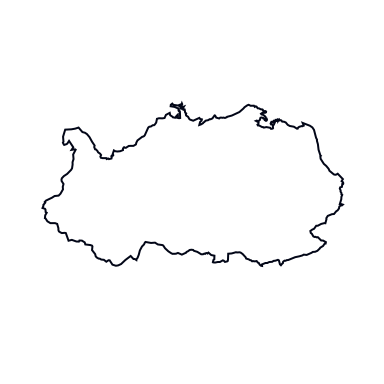 outline of Simisna, Salaj, Romania, rotated 74°
{"feature_id": "2599482B9011696983291", "entity_name": "Simisna", "entity_type": "district", "adm_level": 2, "iso_a3": "ROU", "parent_name": "Romania", "parent_adm1": "Salaj", "projection": "albers", "projection_center": [23.609, 47.214], "detail": "fine", "context": "isolated", "style": "outline", "palette": "ink", "viewbox_px": 384, "rotation_deg": 74, "n_neighbors": 0, "source": "geoboundaries", "source_scale": "gbopen_adm2", "svg_char_len": 6032}
<svg xmlns="http://www.w3.org/2000/svg" viewBox="0 0 384 384"><g transform="rotate(74 192 192)"><path d="M208.5,314.4L207.6,313.6L208.4,311.2L210.9,309.0L213.0,309.0L215.0,304.3L216.0,302.9L216.8,302.7L220.3,304.1L225.0,302.2L227.3,302.3L228.7,301.6L230.2,300.2L230.7,299.0L231.9,297.9L232.9,295.4L235.4,293.6L234.6,291.1L235.0,290.0L239.9,288.5L241.9,285.5L242.2,283.2L241.7,280.0L239.0,274.8L236.6,268.6L240.3,266.7L240.6,265.5L242.1,264.2L241.2,263.8L240.3,262.5L237.7,260.5L233.8,258.2L230.6,255.1L229.2,252.6L227.8,251.4L227.2,250.5L229.7,245.4L230.5,241.5L233.0,239.3L234.8,235.2L235.5,234.4L238.7,233.4L242.5,231.1L245.3,228.7L246.1,227.7L246.9,224.5L246.7,222.3L249.4,219.0L248.7,214.4L248.1,213.8L247.8,212.0L247.1,210.3L247.3,208.6L248.0,206.9L249.1,206.3L251.0,203.4L254.4,200.3L254.9,198.6L254.6,197.1L255.1,196.5L254.6,195.3L254.8,194.5L255.4,194.0L254.8,192.9L257.9,190.9L259.4,188.0L262.8,189.1L263.1,190.0L265.2,191.3L265.5,191.1L266.2,189.2L266.4,186.4L267.0,184.5L266.2,181.2L266.8,180.4L268.3,179.6L268.4,177.2L268.2,176.7L267.1,176.1L261.3,174.2L262.0,170.8L262.0,166.3L262.5,165.5L263.1,162.8L263.7,161.9L265.6,160.4L269.6,158.4L270.9,158.3L272.4,156.0L273.5,155.0L273.8,154.2L275.2,153.3L275.2,152.5L276.0,150.7L276.2,148.9L278.0,148.2L278.5,147.4L280.4,147.0L281.9,146.0L282.4,145.0L280.9,144.7L280.5,141.0L281.0,139.2L280.6,137.0L281.2,134.2L280.7,132.6L281.0,130.9L280.9,128.1L281.7,127.3L285.7,127.4L286.9,126.7L285.7,125.0L285.5,124.3L284.1,123.6L283.5,122.0L283.9,121.0L283.6,119.8L283.9,118.2L283.1,110.8L283.4,106.6L283.4,103.4L283.0,101.9L284.1,99.1L283.4,93.9L282.9,92.4L283.4,90.1L283.1,87.7L281.5,84.7L280.9,84.1L280.0,80.9L278.2,78.7L278.4,77.8L277.1,77.1L274.8,79.4L274.2,81.2L270.1,83.5L270.0,84.6L269.1,85.7L269.0,86.6L268.1,87.6L265.2,88.3L264.1,89.1L262.1,89.0L261.3,86.8L261.0,84.8L258.7,81.9L259.1,80.4L258.3,76.6L258.4,73.3L258.8,72.4L255.1,70.2L254.2,70.1L252.4,68.1L251.9,63.6L252.3,61.6L250.3,58.7L249.8,57.1L248.4,55.3L246.6,54.4L246.0,52.9L246.2,51.5L245.7,50.5L244.6,52.1L244.3,53.2L240.1,50.5L237.8,49.7L236.2,48.4L235.4,49.0L234.3,48.6L232.6,49.1L231.5,48.7L229.5,49.0L228.4,48.3L228.4,46.5L225.7,45.3L226.0,44.6L225.7,44.3L224.4,44.1L222.8,45.2L221.2,43.4L214.6,46.9L215.0,48.4L214.9,49.6L214.2,50.8L209.5,54.0L207.3,54.3L203.9,55.8L201.3,57.5L197.6,58.6L195.5,59.2L193.0,58.8L192.7,58.2L192.2,58.5L186.3,58.7L180.8,57.8L177.2,57.8L176.2,57.4L174.1,57.8L165.9,57.6L163.1,58.5L160.8,60.4L156.1,66.6L159.0,66.3L159.2,67.8L158.9,68.3L158.9,70.9L159.4,72.3L160.2,72.9L160.1,73.6L157.3,76.1L155.5,79.8L153.8,81.5L151.0,82.7L149.8,84.2L149.2,85.9L147.8,86.4L147.4,87.0L147.4,87.9L146.4,88.2L147.4,89.5L146.1,89.1L145.7,89.6L146.0,90.6L145.8,91.4L147.0,91.4L146.9,92.2L146.0,93.4L146.0,93.8L146.2,94.0L147.1,93.0L147.7,93.0L148.9,94.0L147.1,94.6L147.2,95.1L146.7,95.2L146.4,96.3L147.0,96.9L148.0,97.6L148.6,97.4L148.4,96.9L149.4,96.5L150.2,95.4L151.2,96.2L153.0,96.5L153.3,97.0L153.1,98.6L151.8,99.2L150.1,102.6L149.9,105.2L149.1,105.9L149.0,106.6L146.6,109.1L146.2,110.3L145.3,110.5L144.8,109.4L143.4,108.8L141.3,110.9L141.2,110.0L142.3,109.0L141.5,107.0L139.5,105.7L139.5,104.8L140.3,103.3L140.9,103.3L141.6,102.4L142.8,102.3L142.8,101.9L143.9,101.4L144.0,100.8L143.3,100.0L142.3,100.0L141.7,100.7L141.4,100.4L141.0,100.8L140.1,100.6L139.5,101.1L139.0,101.1L137.3,102.5L136.6,103.8L135.8,104.1L135.4,102.9L135.7,100.8L136.0,100.1L135.8,98.9L135.1,98.6L134.4,99.2L134.2,99.8L134.4,100.6L133.4,101.4L132.8,101.2L132.1,101.5L131.4,103.2L130.1,104.5L129.6,105.8L127.8,106.4L127.2,107.1L127.5,108.2L126.1,108.7L125.3,111.8L123.8,113.5L123.9,114.9L125.0,118.2L125.9,119.5L128.2,124.4L129.5,132.7L129.4,137.6L129.7,137.9L129.9,139.9L129.1,141.4L129.1,142.2L128.5,143.5L128.3,144.4L128.8,145.6L127.2,148.2L124.9,148.7L124.6,149.2L126.9,152.1L127.2,154.1L126.9,155.0L127.4,156.6L127.2,159.3L128.2,161.0L128.3,161.9L128.9,162.4L129.5,164.7L129.6,166.5L127.0,165.0L125.9,163.1L124.9,162.5L124.0,164.1L122.8,164.5L123.8,171.2L121.9,173.9L121.0,174.5L118.7,175.0L116.9,176.5L116.0,176.6L114.9,175.9L113.8,176.7L110.6,176.3L110.4,176.6L110.7,177.3L110.5,177.7L109.7,177.7L108.9,179.6L108.4,179.9L108.0,179.7L109.0,177.7L107.7,176.3L107.9,178.5L107.6,179.1L104.9,177.2L104.1,177.3L105.6,178.3L106.1,180.3L104.8,179.8L105.0,181.6L103.1,185.9L101.6,186.6L102.3,188.3L103.7,188.9L105.3,185.5L107.1,183.2L108.8,181.8L110.0,182.5L110.4,182.4L110.4,181.9L110.7,181.6L111.5,181.5L117.6,183.0L117.5,184.1L116.2,186.4L115.3,184.6L113.7,184.3L114.6,185.9L116.0,187.7L114.9,189.8L114.4,189.9L112.2,191.8L109.8,191.6L110.7,195.8L113.3,198.0L113.1,199.9L112.0,203.5L112.0,205.5L115.4,207.3L117.0,209.3L117.3,210.1L117.0,211.4L117.7,213.4L117.5,215.1L118.0,216.3L124.5,221.8L125.1,222.8L125.3,224.2L125.2,224.6L127.4,230.2L129.2,231.9L130.8,232.8L131.5,235.5L130.3,240.0L131.3,243.4L130.9,244.4L130.3,244.8L130.3,245.3L131.3,246.4L132.7,246.8L133.0,249.8L132.5,252.6L131.6,254.6L130.5,255.6L133.4,257.6L134.9,257.5L135.2,257.9L134.7,258.7L135.3,259.6L135.9,259.3L137.6,260.2L137.5,262.8L136.8,263.2L136.8,264.9L135.9,264.9L134.8,268.6L133.9,270.2L132.7,270.3L131.4,269.2L129.8,269.8L128.0,271.3L126.5,271.6L124.6,272.6L124.2,273.4L121.8,273.6L120.5,272.8L116.2,274.2L111.0,275.4L107.4,277.0L105.5,278.6L104.2,280.8L98.8,283.3L98.9,286.8L98.5,290.7L97.1,296.7L103.3,300.7L108.2,301.7L109.0,302.5L110.7,302.2L111.5,301.9L111.4,299.3L111.0,298.4L109.0,296.1L116.3,293.8L118.3,296.1L118.7,292.7L119.3,292.2L123.2,295.9L127.7,296.8L130.4,298.6L132.7,299.2L136.2,300.8L137.4,302.1L140.2,307.0L141.4,310.8L142.9,313.3L144.0,314.0L145.5,314.3L148.9,313.3L151.4,314.8L153.9,315.3L157.4,318.9L158.7,321.2L158.0,325.2L158.9,328.2L160.0,334.7L161.0,336.3L161.8,336.0L163.5,338.5L164.3,338.6L166.2,340.1L167.6,338.0L168.4,337.7L171.0,338.2L171.9,337.4L173.9,339.5L176.6,340.6L177.0,340.1L180.3,339.1L182.9,336.7L184.2,332.2L185.5,330.4L189.9,330.4L191.8,330.9L193.2,330.8L194.6,329.6L195.6,328.4L196.2,325.5L196.7,324.6L204.8,324.1L204.9,320.7L207.7,316.8L208.5,314.4Z" fill="none" stroke="#020617" stroke-width="2"/></g></svg>